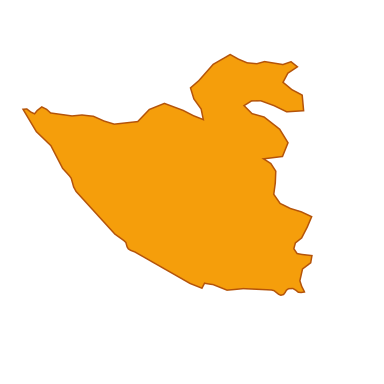 SVG path tracing the border of Gālla, rotated 343°
{"feature_id": "LKA-2464", "entity_name": "Gālla", "entity_type": "District", "adm_level": 1, "iso_a3": "LKA", "parent_name": "Sri Lanka", "parent_adm1": "", "projection": "mercator", "projection_center": [80.274, 6.202], "detail": "fine", "context": "isolated", "style": "filled", "palette": "amber", "viewbox_px": 384, "rotation_deg": 343, "n_neighbors": 0, "source": "natural_earth", "source_scale": "10m", "svg_char_len": 1474}
<svg xmlns="http://www.w3.org/2000/svg" viewBox="0 0 384 384"><g transform="rotate(343 192 192)"><path d="M270.3,320.5L266.9,320.0L264.3,318.9L262.6,316.3L260.3,313.8L256.1,312.7L253.6,313.5L251.7,315.3L249.6,316.8L246.8,316.7L245.8,315.9L244.9,315.1L241.6,310.3L239.9,309.3L239.5,309.0L235.7,307.6L212.8,299.4L203.4,297.5L196.8,296.1L185.1,286.7L182.5,285.5L177.4,283.0L177.3,282.9L173.4,286.9L163.4,278.9L119.8,232.6L116.2,229.8L116.1,229.7L115.7,229.2L114.5,227.8L113.9,225.5L114.0,220.9L112.7,218.6L110.9,216.2L106.0,209.8L81.3,157.6L80.3,152.6L80.4,148.1L80.5,143.6L79.6,140.9L75.2,131.6L70.6,106.4L60.8,88.8L54.6,63.5L58.3,64.3L61.2,68.4L64.3,71.2L67.8,68.8L73.2,66.7L77.1,70.4L79.9,75.1L99.5,84.2L109.3,86.2L119.9,90.8L128.6,98.4L137.5,104.4L160.7,108.8L175.3,100.6L191.5,99.2L207.4,111.4L215.6,119.4L224.0,126.1L225.0,115.3L221.0,103.5L221.0,92.0L230.9,87.6L249.6,76.1L268.7,71.7L275.2,78.5L282.5,84.6L291.5,88.3L299.5,88.5L316.2,96.7L324.8,96.4L329.4,103.1L318.4,106.4L311.1,113.7L317.4,123.3L325.7,131.6L322.5,146.9L306.0,143.0L295.7,133.4L284.5,124.9L275.6,122.3L267.0,124.6L272.3,134.6L282.9,141.4L294.2,157.6L298.2,173.0L288.9,184.5L270.1,181.2L275.7,187.8L278.2,196.6L274.3,207.7L269.5,218.1L272.9,228.7L281.2,236.5L290.8,243.0L299.2,250.6L291.9,259.3L283.4,268.0L276.0,270.9L272.8,276.0L274.5,281.6L278.7,283.8L288.1,287.9L284.8,294.4L275.2,297.9L269.2,308.4L269.3,314.3L270.3,320.0L270.3,320.5Z" fill="#f59e0b" stroke="#b45309" stroke-width="1.5"/></g></svg>